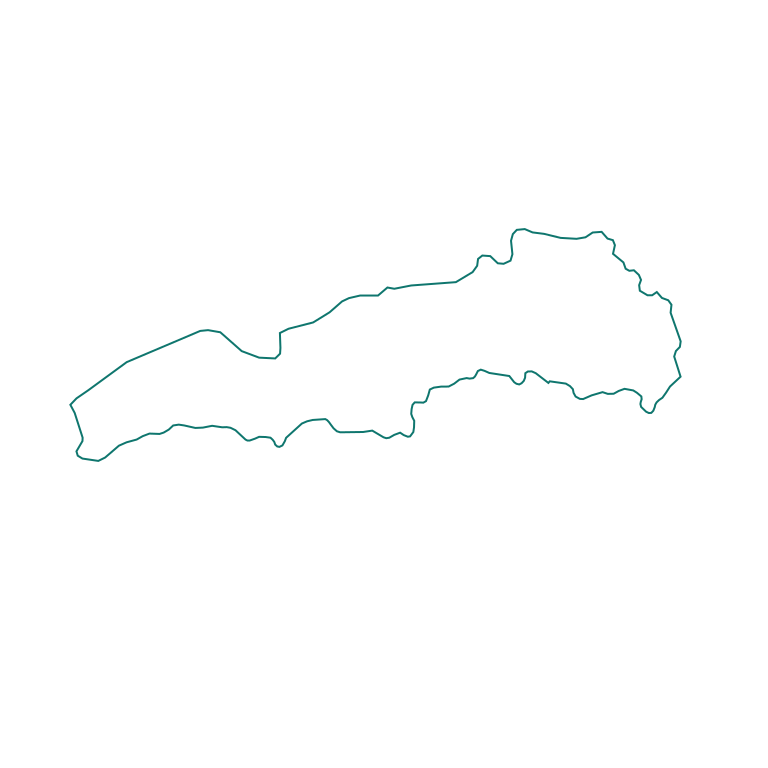 outline of Santa Lucía La Reforma, Totonicapán, Guatemala, rotated 133°
{"feature_id": "79465075B7402563693044", "entity_name": "Santa Lucía La Reforma", "entity_type": "district", "adm_level": 2, "iso_a3": "GTM", "parent_name": "Guatemala", "parent_adm1": "Totonicapán", "projection": "albers", "projection_center": [-91.279, 15.153], "detail": "fine", "context": "isolated", "style": "outline", "palette": "teal", "viewbox_px": 768, "rotation_deg": 133, "n_neighbors": 0, "source": "geoboundaries", "source_scale": "gbopen_adm2", "svg_char_len": 2578}
<svg xmlns="http://www.w3.org/2000/svg" viewBox="0 0 768 768"><g transform="rotate(133 384 384)"><path d="M311.1,447.3L323.4,448.7L335.6,461.8L345.1,468.2L352.2,471.0L368.7,472.7L387.3,477.8L408.7,491.5L417.7,494.9L428.3,484.3L432.7,480.7L439.5,481.0L449.9,493.3L457.0,510.5L457.8,539.0L464.6,549.4L470.5,554.6L543.5,587.1L590.2,596.0L604.2,599.1L613.1,599.2L616.1,590.5L628.8,567.8L631.4,565.6L643.0,563.0L645.3,559.1L644.2,553.7L635.1,540.5L628.0,537.8L609.9,535.8L602.2,532.5L593.3,527.0L586.7,524.9L580.2,521.7L573.6,514.1L569.8,512.0L564.1,510.3L558.1,509.9L553.7,506.4L550.6,501.9L544.8,492.0L539.4,486.7L531.8,481.2L526.0,472.8L522.8,469.6L520.7,466.4L519.1,461.1L519.1,447.4L518.5,445.3L517.0,443.7L512.0,441.1L507.8,439.3L503.5,434.4L500.7,430.4L500.7,427.3L501.2,424.7L502.5,422.3L502.5,419.5L501.3,417.6L498.2,416.4L493.5,417.5L490.1,418.9L468.9,417.1L463.7,414.8L458.9,411.6L449.7,403.0L449.2,400.9L449.4,398.2L450.0,395.2L450.8,390.7L450.7,386.2L449.2,383.1L433.3,366.5L426.1,360.8L423.3,348.0L422.1,345.4L419.7,343.5L414.2,341.8L408.6,339.0L407.9,334.7L406.3,330.6L404.5,329.2L399.1,329.8L395.2,332.5L390.3,336.8L388.9,340.7L387.3,343.7L383.5,346.7L379.8,348.9L376.5,349.0L372.8,344.9L370.8,342.5L367.9,341.6L362.2,343.9L356.8,346.7L352.7,345.1L346.9,340.4L341.8,335.0L335.9,332.9L329.3,331.8L323.3,327.6L321.7,325.1L318.9,322.8L316.6,322.6L314.3,323.1L310.5,324.2L307.5,323.0L305.8,319.4L304.1,314.5L292.7,297.8L293.9,290.0L293.5,287.3L292.1,284.8L289.6,283.9L286.4,283.9L283.2,285.1L279.7,288.0L276.7,287.3L274.0,284.5L272.6,280.4L271.1,264.5L269.0,264.6L259.7,251.3L258.7,246.5L259.0,242.3L261.2,239.3L262.5,235.3L261.3,230.6L259.2,228.1L250.7,224.4L240.9,218.6L238.6,213.6L234.5,209.4L229.0,207.6L223.5,204.8L218.7,197.3L217.9,193.0L217.6,187.3L219.4,185.2L222.0,184.0L223.8,182.8L225.4,180.3L225.5,173.4L224.6,170.5L222.8,168.8L219.9,168.8L216.3,170.2L214.1,171.5L211.5,172.1L208.1,171.9L204.2,171.0L198.0,171.8L190.8,173.1L176.4,172.1L166.0,190.5L160.8,193.0L155.1,192.9L150.5,196.1L136.4,223.0L130.0,227.8L128.9,233.2L131.5,239.4L130.7,247.2L136.2,248.4L139.4,251.8L141.3,260.5L137.7,264.8L132.6,267.0L130.4,272.0L130.4,278.8L133.9,281.8L134.9,285.9L131.8,291.8L132.6,305.3L125.0,309.8L122.7,314.7L125.2,319.7L124.3,328.6L130.9,334.7L139.3,336.7L146.5,342.2L156.7,354.5L165.0,369.3L171.8,378.7L174.7,386.7L180.7,392.0L186.5,392.0L192.6,388.8L201.5,378.6L207.5,375.6L214.5,378.5L218.1,383.1L218.0,393.5L223.0,399.7L228.4,400.5L234.0,396.5L241.7,395.5L260.5,400.9L293.4,431.3L307.3,441.4L311.1,447.3Z" fill="none" stroke="#0f766e" stroke-width="2"/></g></svg>